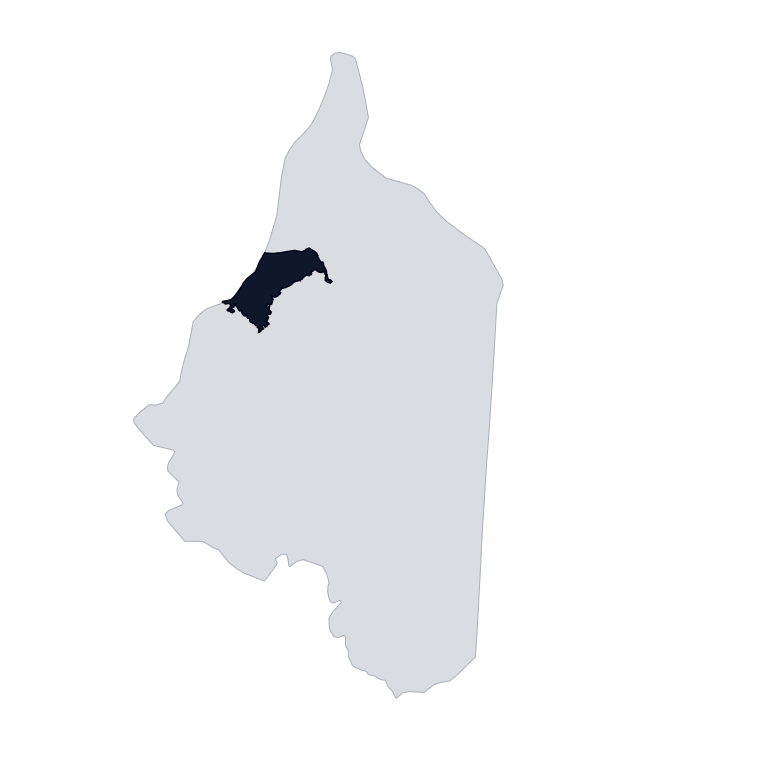 Tell Abiad, Ar Raqqah, Syria (highlighted), rotated 305°
{"feature_id": "27442178B34075692761550", "entity_name": "Tell Abiad", "entity_type": "district", "adm_level": 2, "iso_a3": "SYR", "parent_name": "Syria", "parent_adm1": "Ar Raqqah", "projection": "orthographic", "projection_center": [39.333, 36.35], "detail": "fine", "context": "in_parent", "style": "filled", "palette": "ink", "viewbox_px": 768, "rotation_deg": 305, "n_neighbors": 0, "source": "geoboundaries", "source_scale": "gbopen_adm2", "svg_char_len": 6605}
<svg xmlns="http://www.w3.org/2000/svg" viewBox="0 0 768 768"><g transform="rotate(305 384 384)"><path d="M151.7,279.4L157.3,280.2L169.1,287.9L171.1,287.7L175.0,278.2L178.6,275.1L186.1,272.4L188.7,256.9L192.3,254.0L196.5,252.6L202.9,252.4L208.4,251.7L208.9,248.9L201.6,230.7L202.4,226.2L206.7,208.2L209.2,201.2L211.5,198.9L220.3,200.1L232.5,203.6L235.6,208.9L241.5,213.6L250.5,213.5L260.9,214.6L269.1,215.1L275.6,212.0L290.4,206.1L297.7,204.2L304.3,201.6L325.6,192.0L334.1,192.8L339.9,194.2L344.3,195.8L354.2,202.7L362.4,209.6L368.2,211.7L378.6,211.6L393.7,213.0L412.1,212.9L422.9,211.0L436.7,207.6L461.2,199.3L493.3,182.0L512.1,173.5L520.2,172.4L530.8,172.2L541.5,174.2L553.5,175.5L559.1,175.2L572.1,173.2L588.9,169.4L599.4,166.3L612.0,161.4L619.8,153.5L622.3,152.6L625.7,153.9L627.3,154.4L630.7,158.6L634.4,169.7L634.5,171.0L633.9,174.2L625.9,183.7L614.8,196.6L606.9,204.7L593.4,218.4L583.2,221.5L565.9,226.7L561.3,231.5L557.1,239.1L554.8,249.5L554.2,255.9L553.9,268.0L558.3,280.4L562.5,292.3L563.2,300.2L562.9,308.0L559.3,316.4L555.3,328.0L553.2,340.9L552.3,365.2L552.7,385.8L552.4,389.2L545.4,403.9L537.1,421.0L533.2,425.0L514.4,430.4L494.0,443.1L471.1,457.3L450.2,470.1L428.3,483.4L405.4,497.2L389.0,507.0L367.0,520.1L346.9,532.5L326.4,545.0L310.9,554.5L287.2,569.5L273.2,578.2L252.7,591.0L234.6,602.2L213.0,615.4L186.6,610.6L178.2,608.0L171.5,601.2L166.6,597.6L154.2,593.6L146.5,581.0L141.8,576.5L133.5,574.2L137.4,566.4L138.2,561.3L142.0,555.1L139.9,550.8L139.1,542.0L137.6,539.7L137.1,537.4L138.4,534.6L138.0,531.7L136.7,530.4L136.1,525.9L135.1,522.7L135.8,518.7L137.7,516.2L139.8,511.3L142.0,509.9L145.7,506.9L146.7,503.7L150.0,500.6L154.3,498.1L155.3,496.1L154.7,494.9L150.5,492.4L148.4,488.2L150.6,482.2L152.1,480.4L154.7,477.6L160.5,473.4L164.9,472.8L168.7,472.9L175.2,473.5L180.2,474.4L181.5,473.3L181.4,471.9L175.3,468.0L175.0,465.1L176.7,462.1L181.2,457.3L186.5,453.9L189.2,453.4L195.4,446.4L199.4,438.4L193.8,418.6L190.1,415.4L184.1,412.5L180.6,412.0L180.4,410.7L185.3,405.9L188.8,401.7L185.2,397.4L178.5,395.3L175.9,399.5L167.3,399.6L154.0,399.1L148.8,378.2L148.2,369.2L148.8,358.8L153.3,343.8L151.7,336.7L151.7,332.0L150.9,325.4L140.9,311.0L147.5,285.5L151.7,279.4Z" fill="#d9dde1" stroke="#a8b0b8" stroke-width="1"/><path d="M354.3,251.6L356.0,252.7L356.5,252.8L357.1,252.6L357.8,252.4L357.9,252.8L359.2,253.2L359.6,253.4L360.1,253.7L360.5,253.3L360.7,251.5L361.3,251.1L363.1,251.5L362.9,251.8L363.0,252.2L362.4,254.1L363.9,254.6L364.0,254.9L364.7,254.8L364.9,254.7L365.0,254.8L365.7,254.8L366.8,255.3L366.9,255.0L367.4,255.1L367.6,254.8L367.8,252.7L367.0,252.7L367.1,252.1L371.0,251.5L371.2,251.2L372.1,251.4L372.6,250.4L372.4,249.4L373.6,249.3L373.8,248.7L374.6,248.8L374.9,249.6L375.7,250.1L375.6,250.6L375.9,250.8L376.2,250.4L376.4,250.4L376.7,250.4L376.7,250.8L378.3,250.4L378.2,249.9L378.6,249.1L378.6,248.7L378.6,248.0L379.2,247.1L380.3,246.5L381.2,246.1L382.5,245.5L381.3,245.3L381.2,244.9L379.5,244.5L379.4,244.2L378.9,243.8L379.4,243.3L379.5,243.3L379.8,243.0L380.3,243.0L380.5,242.8L381.4,243.1L381.9,242.9L382.3,242.5L382.9,243.5L383.1,244.3L383.8,244.9L384.5,245.3L384.4,245.5L384.8,245.8L384.7,246.0L384.9,246.1L388.0,245.2L388.5,244.8L389.7,244.7L390.1,243.8L390.2,243.1L391.5,241.8L391.7,241.4L392.0,241.6L392.2,241.8L392.0,242.0L392.1,242.3L392.1,242.5L392.2,243.0L392.0,243.6L392.3,243.9L392.3,244.8L392.6,244.9L393.0,244.7L393.6,244.9L393.7,245.3L393.9,245.3L394.0,245.9L394.7,245.9L394.9,246.3L395.7,246.6L395.8,245.9L397.4,246.0L397.5,247.1L399.3,247.1L399.4,245.2L402.6,245.4L403.4,245.1L405.4,247.0L406.8,248.2L409.6,249.9L412.6,251.3L414.2,251.3L416.7,252.3L418.3,253.6L420.1,255.1L420.4,256.1L422.4,256.2L423.4,256.9L423.8,256.6L424.0,256.7L424.3,256.5L424.7,256.6L429.0,258.0L429.8,260.7L431.6,261.0L432.0,261.2L432.1,261.6L433.1,261.3L434.2,260.0L435.0,260.1L435.4,260.9L435.9,261.0L436.3,261.1L436.9,261.1L437.2,261.3L437.7,261.1L438.4,262.4L438.2,263.4L438.4,265.0L438.2,265.5L438.7,267.3L439.6,269.1L441.7,269.7L439.5,274.3L437.8,274.7L435.3,276.4L434.9,279.1L436.0,282.3L438.1,282.7L438.5,280.3L437.9,279.0L438.2,277.2L439.0,276.7L439.2,276.2L439.7,275.9L440.0,275.3L440.5,275.1L441.1,274.7L441.0,274.3L441.1,273.7L441.4,273.1L441.9,273.1L442.4,273.0L442.8,272.8L442.8,272.5L443.0,272.2L443.5,271.9L443.6,271.6L444.0,271.5L444.3,270.3L445.1,269.6L445.2,269.0L445.5,268.5L445.4,268.1L446.2,267.2L446.7,266.0L447.5,265.8L448.0,265.1L448.3,265.0L448.3,264.4L448.7,263.9L448.4,263.5L448.2,263.3L448.0,262.5L447.7,262.5L447.6,262.1L448.0,261.4L448.1,261.0L448.6,260.1L448.6,259.4L449.5,258.6L450.2,256.7L450.6,256.3L450.9,256.3L451.4,256.1L451.7,255.2L452.0,254.8L452.1,254.2L452.5,253.8L452.4,253.4L452.5,252.8L452.8,251.1L452.5,247.6L452.4,244.7L449.6,242.9L449.4,242.8L449.2,242.8L449.1,242.7L448.9,242.7L448.7,242.7L448.4,242.7L448.2,242.8L447.9,242.8L447.9,242.7L447.7,242.7L447.4,242.6L447.2,242.5L447.2,242.4L447.0,242.2L446.9,242.1L446.8,241.9L446.7,241.8L446.7,241.7L446.4,241.6L446.2,241.5L445.9,241.5L445.7,241.5L445.4,241.7L445.4,241.8L442.2,234.2L440.0,231.9L437.4,229.2L435.5,227.3L432.2,224.0L430.1,221.4L427.6,218.8L426.1,216.4L423.8,212.7L423.1,211.0L422.7,211.1L420.4,211.4L419.3,211.2L418.8,211.4L418.3,211.6L417.6,211.7L415.2,211.7L411.3,212.2L407.9,213.1L406.1,213.6L402.5,214.4L401.6,214.4L397.8,213.1L396.8,212.7L396.6,212.7L394.4,212.1L392.0,211.4L389.7,211.2L387.1,210.9L385.5,210.9L383.3,211.3L380.4,211.3L379.5,211.4L374.2,211.4L371.8,211.3L370.7,211.3L369.0,211.1L365.6,210.4L365.2,210.2L363.0,208.4L361.3,206.6L360.8,206.1L359.1,204.5L358.4,204.6L358.4,205.3L358.6,205.9L358.8,206.2L358.8,206.4L359.1,206.7L358.5,207.9L358.7,208.3L359.2,208.8L359.5,209.4L360.6,209.6L361.2,212.5L360.9,212.9L360.3,213.3L357.4,214.1L357.0,213.4L354.6,213.0L354.3,214.3L355.2,216.0L354.9,217.2L355.4,219.0L357.5,219.8L358.3,219.3L358.3,216.9L357.9,216.2L360.5,215.3L360.8,216.8L361.4,216.7L362.9,215.8L363.4,215.6L363.6,215.5L363.9,215.7L363.9,216.1L363.9,216.5L364.3,216.2L364.6,216.3L364.7,216.5L364.3,216.9L363.4,216.8L362.8,218.6L362.9,219.1L361.3,222.6L361.1,224.1L361.8,224.8L361.9,225.6L360.7,226.9L360.3,227.8L359.6,229.7L359.9,231.2L360.2,231.4L361.4,231.8L361.0,233.3L359.9,233.8L359.6,234.6L360.4,235.6L360.4,237.0L359.8,237.2L359.8,237.3L359.8,237.5L359.7,237.5L359.5,237.8L359.4,237.8L359.2,237.9L358.9,237.8L358.7,237.8L358.6,238.0L358.7,238.4L358.6,238.7L358.2,238.9L358.2,239.2L358.5,239.4L358.6,239.8L358.6,240.5L358.2,241.5L358.5,241.7L358.8,241.8L359.0,243.7L358.6,244.1L358.7,244.3L359.0,244.5L358.4,245.6L359.1,247.0L357.6,247.8L357.9,249.8L356.2,250.5L354.3,251.6Z" fill="#0f172a" stroke="#020617" stroke-width="1.5"/></g></svg>